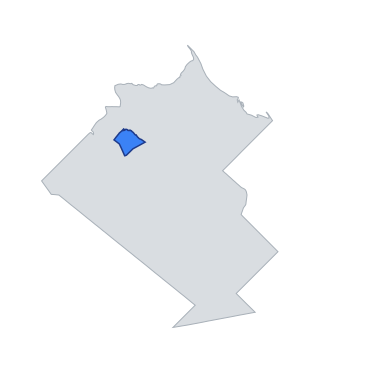 location of Tamchekett, Hodh el Gharbi, Mauritania, rotated 135°
{"feature_id": "47542326B49487198034252", "entity_name": "Tamchekett", "entity_type": "district", "adm_level": 2, "iso_a3": "MRT", "parent_name": "Mauritania", "parent_adm1": "Hodh el Gharbi", "projection": "robinson", "projection_center": [-10.754, 17.114], "detail": "fine", "context": "in_parent", "style": "filled", "palette": "blue", "viewbox_px": 384, "rotation_deg": 135, "n_neighbors": 0, "source": "geoboundaries", "source_scale": "gbopen_adm2", "svg_char_len": 4196}
<svg xmlns="http://www.w3.org/2000/svg" viewBox="0 0 384 384"><g transform="rotate(135 192 192)"><path d="M168.2,320.4L167.8,320.2L165.9,318.7L164.9,317.0L163.4,315.6L161.3,314.7L160.0,313.7L159.3,312.6L158.6,311.8L157.7,311.4L157.7,311.0L157.9,310.4L157.7,309.4L156.5,307.1L155.3,306.0L154.3,306.2L153.8,305.9L153.4,305.4L153.3,304.6L152.6,303.9L151.5,303.7L150.6,301.9L149.9,298.8L149.0,296.3L147.8,294.5L147.0,293.9L146.4,293.7L146.2,293.5L146.1,292.9L145.2,292.8L144.0,293.3L142.9,293.1L142.3,292.3L141.6,292.2L140.6,292.9L139.6,292.7L138.4,291.5L137.8,290.4L137.7,289.3L135.7,287.1L131.8,283.7L127.6,282.2L123.0,282.4L120.5,282.2L119.9,281.7L119.4,281.7L118.8,282.4L118.2,282.5L117.6,282.1L117.2,282.4L117.0,283.3L115.4,283.7L112.3,283.7L109.9,284.2L108.0,285.3L105.3,285.7L101.9,285.6L99.8,285.2L99.1,284.6L98.1,284.4L96.8,284.8L95.7,286.4L94.6,289.4L93.8,291.1L93.1,291.5L92.4,293.7L92.0,297.5L91.4,299.1L91.4,289.8L92.4,286.3L92.8,283.3L94.9,276.6L97.5,271.1L99.9,263.8L100.8,256.7L100.5,249.8L99.9,243.6L98.8,239.5L97.7,233.6L96.0,230.5L93.0,227.8L92.3,226.2L93.0,225.6L94.9,225.2L96.1,223.1L93.6,223.9L96.5,217.4L97.5,213.0L97.4,210.1L97.9,208.3L95.7,204.4L94.1,199.5L93.2,198.7L92.3,198.3L92.2,199.5L91.7,200.5L90.6,199.9L88.7,196.3L86.2,190.5L85.2,189.9L84.5,190.7L84.0,191.5L83.0,196.3L82.8,194.4L83.2,192.2L83.8,189.4L84.6,185.5L86.9,185.5L91.0,185.5L99.2,185.5L103.3,185.5L111.5,185.5L115.7,185.5L123.9,185.5L128.0,185.5L136.2,185.4L140.3,185.4L148.5,185.4L152.6,185.4L155.3,185.4L155.2,182.7L155.0,180.5L154.9,177.6L154.7,174.6L154.6,171.7L154.4,169.0L154.3,166.3L154.1,163.7L154.0,161.4L153.8,160.0L152.9,157.4L152.7,156.1L153.0,154.7L153.6,153.4L155.2,151.0L157.6,149.1L160.4,147.0L162.5,145.3L163.6,144.9L166.9,144.4L169.5,143.1L172.1,141.9L173.2,141.3L173.3,139.0L173.4,89.0L186.0,89.0L189.3,89.0L212.4,89.0L215.7,89.0L232.5,89.0L232.5,86.6L232.5,83.3L232.5,78.6L232.5,73.9L232.4,65.8L232.4,62.3L235.7,64.6L242.4,69.2L245.7,71.5L252.4,76.0L259.1,80.6L265.8,85.2L269.2,87.5L272.5,89.8L275.9,92.0L279.3,94.3L286.0,98.9L288.8,100.8L293.1,103.9L297.2,106.8L301.2,109.7L295.0,109.7L286.7,109.7L281.0,109.7L275.2,109.7L269.8,109.7L270.3,114.4L270.8,119.6L271.3,124.7L271.9,129.8L272.4,135.0L274.1,150.4L274.6,155.6L275.2,160.7L275.7,165.8L276.2,171.0L277.3,181.3L277.9,186.4L278.4,191.6L279.0,196.7L279.5,201.8L280.1,207.0L281.2,217.3L281.7,222.4L282.3,227.6L282.8,232.7L283.4,237.9L283.9,243.0L284.5,248.1L285.0,253.3L286.1,263.6L286.7,268.7L287.2,273.9L287.7,279.0L288.3,284.0L290.4,286.6L293.2,289.9L292.4,294.5L291.5,300.1L290.5,306.2L283.0,306.2L275.7,306.2L257.2,306.2L253.5,306.2L235.1,306.2L231.4,306.2L224.3,306.2L222.2,306.0L221.4,305.6L221.2,302.4L220.5,302.6L219.8,303.5L219.4,304.5L219.5,305.8L219.4,307.0L217.1,307.4L213.9,308.1L210.5,308.7L207.1,308.5L205.9,308.2L204.7,307.8L202.0,307.4L200.5,307.3L198.8,307.4L196.8,307.7L196.2,308.3L194.7,310.6L193.2,313.3L192.3,313.3L191.2,311.8L188.3,309.0L184.7,305.3L183.1,303.5L182.3,303.3L180.6,304.6L179.1,305.8L177.6,307.6L176.9,309.3L176.4,311.4L176.1,313.8L175.6,316.5L174.3,318.8L172.9,320.5L171.8,321.3L171.4,321.7L168.2,320.4ZM94.9,219.1L93.7,221.1L93.2,220.3L93.0,219.0L94.1,217.1L94.6,216.1L95.5,215.8L94.9,219.1Z" fill="#d9dde1" stroke="#a8b0b8" stroke-width="1"/><path d="M190.7,265.0L190.9,265.4L191.1,265.9L191.5,266.7L191.5,267.2L191.6,267.7L191.6,268.1L191.5,268.4L191.6,268.9L191.6,269.6L191.4,270.5L191.2,271.5L191.1,271.8L191.7,272.3L191.7,272.9L191.7,273.6L191.6,274.4L191.5,274.9L191.5,275.4L191.5,275.9L191.5,276.4L191.7,276.8L191.6,277.4L191.7,277.6L191.6,278.0L191.6,278.3L191.7,278.5L191.9,278.7L191.9,278.9L191.9,279.1L192.0,279.1L192.4,279.4L192.4,279.6L192.5,279.8L192.6,280.0L193.2,280.1L193.4,280.5L193.5,280.8L193.8,281.0L193.7,281.5L193.7,281.8L193.8,282.2L194.1,282.7L194.7,283.3L195.1,283.4L195.6,283.5L195.8,283.2L196.0,283.2L196.3,283.5L196.6,283.7L196.2,283.7L196.0,284.3L195.8,284.4L195.7,284.6L195.7,284.9L199.2,284.9L201.8,285.1L202.7,284.9L204.0,284.8L204.7,284.7L207.6,284.4L208.1,284.3L210.3,284.0L209.4,277.4L210.4,274.6L210.9,273.2L214.0,265.2L213.9,265.1L212.3,264.4L203.2,264.3L189.9,260.4L190.3,262.7L190.7,265.0Z" fill="#3b82f6" stroke="#1e3a8a" stroke-width="1.5"/></g></svg>